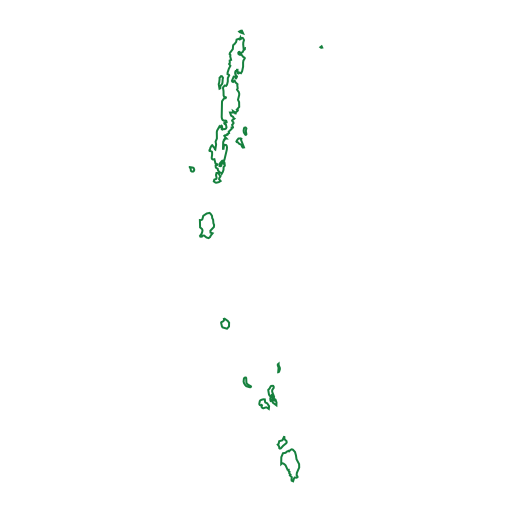 SVG path tracing the border of Andaman and Nicobar
{"feature_id": "IND-2474", "entity_name": "Andaman and Nicobar", "entity_type": "Union Territory", "adm_level": 1, "iso_a3": "IND", "parent_name": "India", "parent_adm1": "", "projection": "mercator", "projection_center": [93.022, 10.213], "detail": "fine", "context": "isolated", "style": "outline", "palette": "green", "viewbox_px": 512, "rotation_deg": 0, "n_neighbors": 0, "source": "natural_earth", "source_scale": "10m", "svg_char_len": 6019}
<svg xmlns="http://www.w3.org/2000/svg" viewBox="0 0 512 512"><path d="M243.1,56.8L244.6,57.7L244.8,58.3L243.4,60.6L243.1,62.5L243.1,66.7L242.1,71.3L241.0,73.2L239.2,72.5L238.9,73.2L238.4,73.5L237.5,73.0L237.5,69.8L237.0,69.8L237.0,71.2L235.7,71.0L235.2,72.1L235.2,73.6L235.5,74.5L237.0,76.6L236.7,77.3L236.1,78.4L235.7,78.4L235.6,77.2L235.1,76.6L233.7,76.6L231.9,80.9L232.4,81.7L233.1,82.0L234.4,80.7L234.9,81.0L235.5,82.4L237.5,84.2L237.3,85.4L237.7,88.3L237.0,89.6L238.8,92.1L239.2,93.5L239.2,95.0L238.0,99.8L239.1,102.1L239.2,106.9L236.9,109.6L237.9,110.2L237.4,111.1L235.8,112.2L235.7,113.4L235.2,113.4L234.4,112.0L233.1,111.1L233.5,112.5L230.0,112.5L231.1,115.6L233.0,116.8L233.5,117.5L233.5,118.3L234.3,118.7L232.1,120.4L232.5,121.5L233.4,122.3L233.5,123.3L232.1,124.9L233.0,127.4L232.8,127.7L231.6,127.7L231.7,128.8L228.7,131.7L229.1,133.1L227.4,134.0L227.6,134.6L226.9,135.0L225.0,135.3L224.3,135.8L224.9,136.8L226.5,138.5L225.1,138.5L224.7,138.8L224.3,139.4L224.8,139.4L223.2,141.9L223.0,148.8L223.5,148.8L224.0,145.3L224.6,144.8L226.2,145.1L226.7,145.9L227.0,147.4L226.8,149.7L224.4,159.9L224.1,160.4L222.1,160.8L219.6,163.7L219.5,166.0L220.4,166.2L221.0,166.0L221.3,165.5L221.3,163.1L222.6,163.5L222.5,162.3L222.9,161.6L223.5,161.5L224.3,162.2L224.5,162.8L224.8,165.7L223.6,167.1L223.5,169.8L222.8,171.9L221.7,173.8L221.4,173.0L219.9,172.5L218.0,170.5L217.7,168.7L216.4,168.1L215.8,167.3L215.6,165.7L216.0,165.3L217.1,165.0L217.3,164.4L216.9,164.0L215.5,163.6L214.4,159.2L212.9,159.5L211.9,158.8L211.7,157.7L212.1,154.8L212.1,152.1L211.9,151.7L210.0,150.8L209.6,150.9L209.4,150.2L209.9,149.7L210.4,147.7L211.8,145.4L212.3,145.2L213.9,147.5L214.2,147.7L215.1,147.4L214.7,148.5L214.9,149.3L215.3,149.6L216.1,144.5L215.6,141.6L216.9,138.5L216.8,132.0L217.1,130.6L219.4,126.5L219.9,127.3L220.4,127.3L220.8,126.1L221.4,125.6L221.9,126.0L222.2,127.5L221.8,129.3L222.4,129.6L223.2,129.1L224.8,129.1L226.0,128.5L226.5,127.3L225.9,124.6L224.9,124.2L224.3,123.5L224.4,122.8L224.7,122.9L226.6,122.3L226.5,121.5L226.2,120.8L225.6,120.6L224.1,120.6L222.7,120.1L222.0,118.8L221.7,117.1L222.0,101.6L222.3,100.8L224.1,98.4L225.6,98.2L225.9,97.4L224.1,96.6L223.6,95.5L223.5,91.0L223.0,88.0L223.2,87.2L224.8,85.5L226.1,85.9L227.0,84.7L227.8,81.5L227.8,78.1L229.2,75.3L228.9,74.8L227.5,74.1L227.6,72.5L228.9,68.6L230.4,65.8L229.1,64.0L229.8,63.1L229.7,60.5L231.1,59.9L230.2,56.4L230.4,55.0L229.6,54.1L230.0,52.8L232.8,49.1L233.1,45.6L233.5,44.7L234.4,44.2L236.1,42.0L236.6,39.6L238.8,38.8L239.6,39.5L240.5,39.2L240.1,38.5L240.5,37.4L240.8,38.1L242.5,37.9L243.0,38.2L244.0,40.1L243.3,42.4L243.2,44.4L243.6,48.7L244.9,48.3L244.8,49.3L243.5,50.3L242.8,51.9L240.0,53.7L240.0,52.5L239.5,51.9L238.8,52.0L238.3,52.7L238.4,53.8L239.2,54.5L240.1,54.9L241.4,54.6L243.1,56.8ZM296.5,459.2L299.1,464.1L299.2,467.5L296.9,472.8L296.6,475.1L297.5,476.5L297.5,477.2L296.6,477.7L294.7,477.5L293.9,478.7L293.1,481.3L291.7,480.7L291.5,479.8L291.8,477.2L289.9,475.4L290.5,474.6L289.3,473.4L289.2,472.8L289.6,472.0L288.7,471.3L288.7,469.8L287.6,469.8L285.6,465.4L284.7,464.5L283.5,463.6L282.2,463.2L281.2,464.1L281.3,457.2L283.0,453.2L285.6,452.8L286.7,451.7L288.7,450.8L289.1,451.3L290.7,449.8L291.8,449.3L292.9,449.7L295.0,452.0L296.0,455.6L296.5,459.2ZM213.1,219.7L213.4,223.2L214.1,225.0L213.9,227.0L210.4,230.7L210.5,232.6L212.6,233.3L210.8,235.5L210.1,237.0L208.6,238.1L206.5,237.5L204.2,235.6L202.8,235.6L201.8,236.7L200.4,236.7L200.0,235.9L201.6,233.7L202.3,231.7L202.5,230.2L202.0,229.0L200.1,227.4L199.9,220.1L200.5,220.2L201.9,219.7L202.4,219.1L203.3,215.8L206.7,213.5L209.6,212.9L210.9,214.2L212.0,215.9L212.2,218.1L213.1,219.7ZM267.2,403.3L269.1,406.2L268.8,408.9L266.7,407.4L265.5,407.5L263.3,408.3L262.4,408.0L261.5,406.8L262.0,405.3L261.5,404.9L261.0,405.3L259.8,405.0L259.4,404.4L259.3,403.7L259.8,401.1L260.4,400.3L261.8,399.7L263.4,399.3L264.8,399.4L265.1,402.0L265.4,402.5L267.2,403.3ZM227.7,320.9L229.1,322.7L229.0,326.5L227.0,328.7L222.6,327.4L221.9,326.3L221.1,322.8L221.5,322.0L222.5,321.7L223.5,321.0L224.1,320.0L223.9,318.9L224.6,318.7L227.7,320.9ZM286.5,441.1L286.7,442.3L286.3,443.2L283.2,445.7L280.9,448.3L279.9,448.6L279.3,448.2L279.1,446.4L277.7,444.6L278.6,443.9L279.2,441.2L282.4,440.3L284.3,436.2L284.5,439.2L286.5,441.1ZM273.8,398.2L272.7,398.7L271.4,400.7L270.7,401.0L270.4,400.3L270.3,398.4L270.5,397.8L271.4,397.3L271.6,396.4L272.7,396.8L272.8,396.4L272.5,395.6L271.6,395.1L271.2,396.3L270.4,396.4L269.6,395.6L269.0,394.6L268.3,390.5L268.3,389.8L269.5,388.6L270.8,386.2L272.0,385.8L273.2,385.9L273.7,386.7L273.7,387.9L272.4,389.7L272.1,391.0L272.3,392.1L274.1,396.8L273.8,398.2ZM219.1,179.2L220.6,181.0L218.9,182.1L216.4,182.7L215.5,182.6L213.8,181.4L214.3,179.6L216.2,178.9L216.6,178.0L216.0,175.0L216.5,173.0L217.7,173.0L219.0,174.1L220.4,176.5L219.3,178.1L219.1,179.2ZM222.0,76.3L223.0,77.9L222.7,79.0L222.5,82.3L222.2,83.8L220.4,86.0L220.3,88.3L219.5,88.7L218.7,84.1L219.2,82.6L219.6,79.0L219.5,77.9L221.1,76.1L222.0,76.3ZM241.0,139.8L244.0,147.4L242.9,147.6L242.0,146.6L241.4,144.8L239.2,143.8L237.7,142.2L236.8,142.1L236.4,141.5L237.0,140.3L238.5,138.5L240.7,138.4L241.4,138.8L241.0,139.8ZM248.4,384.9L250.8,386.2L251.0,386.7L250.5,387.2L249.6,387.2L246.3,386.2L245.0,384.8L244.0,383.1L243.6,381.6L243.9,378.8L244.2,378.1L245.1,377.5L245.8,377.5L246.2,378.1L246.4,382.7L247.1,383.9L248.4,384.9ZM246.4,128.4L245.8,130.9L246.4,134.2L245.8,134.9L245.2,134.6L243.9,132.5L243.6,130.8L244.0,128.4L244.4,127.7L245.6,127.5L246.4,128.4ZM275.5,399.6L276.5,402.5L276.4,405.3L272.9,402.7L272.4,401.7L272.5,400.7L273.0,400.2L274.2,400.5L274.3,399.4L274.8,399.2L275.5,399.6ZM192.9,167.6L193.6,168.0L194.2,169.4L194.1,170.6L193.3,171.5L192.0,171.6L190.9,170.8L190.6,168.4L189.8,167.5L189.8,167.1L192.9,167.6ZM278.6,365.1L279.8,367.8L279.9,369.0L279.3,371.1L278.7,372.1L278.2,372.2L278.6,367.7L277.8,365.5L277.8,364.4L278.6,363.7L278.6,365.1ZM241.9,30.7L243.1,33.4L239.8,32.2L239.2,31.6L241.0,30.7L241.9,30.7ZM321.6,46.3L322.2,47.6L321.2,47.8L320.4,47.2L321.6,46.3Z" fill="none" stroke="#15803d" stroke-width="2"/></svg>